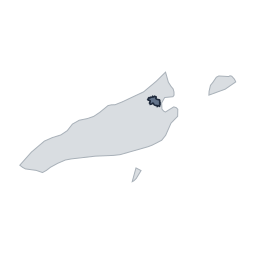 location of Lolotoe, Bobonaro, East Timor, rotated 177°
{"feature_id": "22284137B16004980931012", "entity_name": "Lolotoe", "entity_type": "district", "adm_level": 2, "iso_a3": "TLS", "parent_name": "East Timor", "parent_adm1": "Bobonaro", "projection": "natural_earth1", "projection_center": [125.249, -9.146], "detail": "fine", "context": "in_parent", "style": "filled", "palette": "slate", "viewbox_px": 256, "rotation_deg": 177, "n_neighbors": 0, "source": "geoboundaries", "source_scale": "gbopen_adm2", "svg_char_len": 3340}
<svg xmlns="http://www.w3.org/2000/svg" viewBox="0 0 256 256"><g transform="rotate(177 128 128)"><path d="M87.6,181.8L85.3,171.6L82.8,167.2L80.9,164.7L80.2,161.6L80.3,158.4L81.5,156.9L89.8,156.5L93.1,151.3L93.1,145.0L91.4,142.9L89.8,142.0L81.2,146.7L78.8,145.8L77.3,144.1L77.8,137.1L84.8,130.6L90.8,118.7L95.0,114.0L104.8,109.6L108.8,108.3L137.3,101.8L144.1,101.4L162.2,101.6L186.3,100.1L192.3,99.3L200.1,96.4L207.6,92.8L211.6,90.0L215.7,88.0L221.9,90.5L232.5,92.5L235.3,94.2L238.0,96.5L225.7,109.0L212.2,119.3L204.0,122.4L195.4,124.6L188.8,128.5L183.3,134.8L176.3,138.3L168.3,139.5L161.6,141.4L155.4,145.1L146.8,151.4L143.4,152.0L139.7,151.9L132.6,154.3L110.5,163.3L97.2,173.3L87.6,181.8ZM18.0,168.4L28.9,161.7L45.5,156.6L45.1,160.4L43.4,166.3L40.9,169.1L37.1,174.1L34.6,175.2L24.7,174.1L23.4,174.8L21.7,174.3L19.1,171.1L18.0,168.4ZM126.6,74.2L122.1,87.7L117.2,84.8L122.4,77.2L124.9,75.0L126.6,74.2Z" fill="#d9dde1" stroke="#a8b0b8" stroke-width="1"/><path d="M97.6,147.9L97.6,148.0L97.5,148.3L97.4,148.5L97.2,148.6L97.0,148.8L96.9,148.8L96.7,148.9L96.4,148.8L96.4,148.7L96.2,148.5L96.2,148.4L95.9,148.3L95.6,148.3L95.6,148.2L95.4,148.0L95.2,148.2L95.2,148.3L95.1,148.5L95.1,148.9L95.1,149.0L95.0,149.3L95.0,149.5L94.9,149.8L94.7,149.9L94.7,150.0L94.8,150.2L94.9,150.3L95.0,150.4L95.0,150.5L95.1,150.8L95.1,151.0L94.9,150.9L94.7,150.9L94.7,151.0L94.6,151.3L94.6,151.5L94.6,151.8L94.7,152.2L94.8,152.3L94.9,152.8L94.9,153.0L95.0,153.0L95.1,153.3L95.1,153.5L95.1,153.8L94.9,154.0L95.0,154.2L95.0,154.3L95.1,154.5L95.3,154.5L95.4,154.4L95.5,154.4L95.6,154.5L95.8,154.6L96.2,154.8L96.3,154.8L96.5,154.8L96.8,155.0L97.0,155.0L97.3,155.0L97.5,155.1L97.9,155.3L98.0,155.4L98.2,155.5L98.3,155.5L98.5,155.7L98.6,156.0L98.7,156.3L98.6,156.5L98.4,156.6L98.4,156.9L98.4,157.0L98.2,157.3L98.2,157.5L98.3,157.7L98.5,157.8L98.8,158.0L99.0,158.0L99.3,158.2L99.3,158.3L99.3,158.2L99.5,158.0L99.6,157.9L99.7,158.0L99.8,158.2L99.8,158.3L100.0,158.4L100.3,158.2L100.5,157.9L100.8,157.8L101.0,157.6L101.3,157.8L101.6,158.0L101.8,158.2L101.9,157.9L101.9,157.7L102.1,157.6L102.3,157.4L102.5,157.4L102.8,157.4L103.0,157.5L103.3,157.6L103.5,157.7L103.8,157.4L104.0,157.3L104.0,157.2L104.3,157.2L104.5,157.0L104.8,157.2L105.0,157.0L105.0,156.9L105.2,157.0L105.4,157.1L105.6,157.2L105.8,157.0L105.9,156.9L106.0,156.8L106.0,156.7L106.3,156.4L106.3,156.1L106.3,155.9L106.5,155.7L106.6,155.4L106.8,155.2L106.7,155.1L106.4,154.9L106.2,154.9L106.1,154.7L105.9,154.6L105.7,154.6L105.4,154.5L105.3,154.4L105.3,154.5L105.2,154.4L104.9,154.3L104.9,154.2L104.7,154.0L104.6,153.9L104.4,153.9L104.4,153.7L104.4,153.4L104.4,153.0L104.4,152.9L104.5,152.8L104.6,152.7L104.8,152.5L104.9,152.4L105.0,152.4L105.1,152.1L105.2,151.9L105.3,151.8L105.3,151.7L105.2,151.6L104.9,151.5L104.8,151.4L104.7,151.2L104.6,150.9L104.6,150.6L104.6,150.4L104.4,150.4L104.3,150.5L104.1,150.5L103.9,150.7L103.7,150.7L103.3,150.6L103.1,150.7L103.0,150.8L102.9,150.9L102.8,151.0L102.7,151.1L102.4,151.1L102.2,151.1L101.9,151.2L101.9,151.3L101.7,151.2L101.6,151.3L101.4,151.3L101.4,151.1L101.3,150.9L101.2,150.8L101.1,150.7L101.0,150.4L100.9,150.2L100.7,150.1L100.5,149.8L100.5,149.7L100.3,149.6L100.2,149.5L100.0,149.4L99.7,149.3L99.5,149.2L99.4,149.1L99.2,149.0L98.9,149.0L98.6,149.0L98.2,149.1L97.8,148.8L97.7,148.6L97.7,147.9L97.6,147.9Z" fill="#64748b" stroke="#1e293b" stroke-width="1.5"/></g></svg>